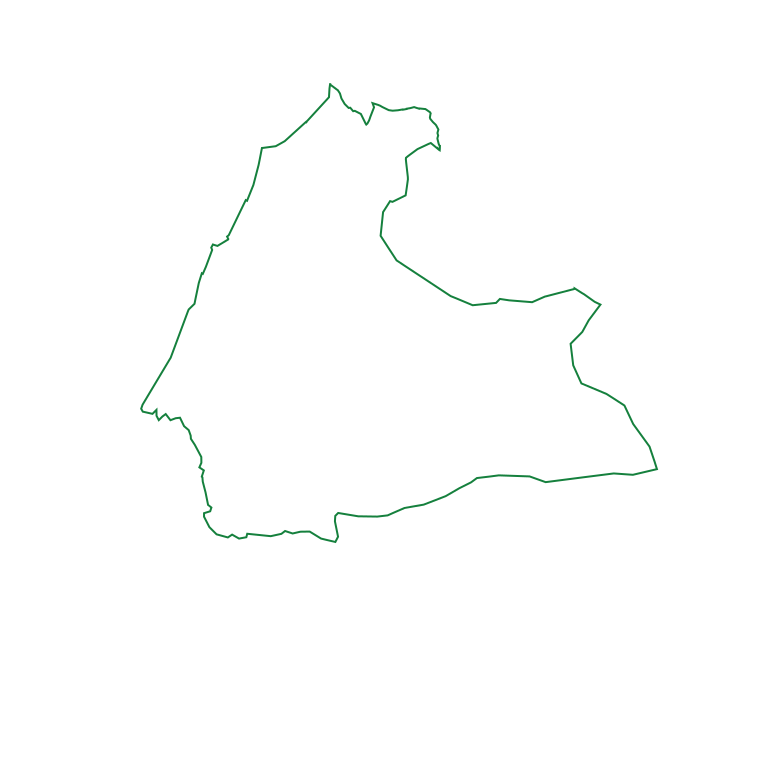 Commonwealth 1, Montserrado, Liberia, rotated 135°
{"feature_id": "62588387B86192689871255", "entity_name": "Commonwealth 1", "entity_type": "district", "adm_level": 2, "iso_a3": "LBR", "parent_name": "Liberia", "parent_adm1": "Montserrado", "projection": "natural_earth1", "projection_center": [-10.681, 6.392], "detail": "fine", "context": "isolated", "style": "outline", "palette": "green", "viewbox_px": 768, "rotation_deg": 135, "n_neighbors": 0, "source": "geoboundaries", "source_scale": "gbopen_adm2", "svg_char_len": 2830}
<svg xmlns="http://www.w3.org/2000/svg" viewBox="0 0 768 768"><g transform="rotate(135 384 384)"><path d="M251.2,130.8L247.5,137.9L240.5,152.0L236.1,179.5L229.2,198.8L233.0,216.5L233.7,219.6L244.0,244.8L242.7,248.3L237.0,263.4L223.6,280.5L207.0,280.6L194.2,284.3L174.8,287.1L176.9,293.1L179.1,306.1L179.7,308.3L181.6,316.9L182.0,316.5L207.4,331.4L208.3,332.0L221.4,337.1L236.3,354.6L241.1,361.1L241.9,362.2L247.4,362.1L265.6,377.0L272.2,393.1L274.7,399.0L285.8,453.1L287.7,462.5L284.8,476.3L281.6,491.2L263.1,506.2L250.4,509.0L249.2,506.8L235.3,502.1L230.2,505.9L229.0,506.8L222.4,511.8L220.8,513.5L211.5,525.2L209.6,527.5L208.5,528.4L206.3,528.2L203.4,527.8L194.2,526.4L182.6,522.2L180.5,521.3L179.6,511.7L179.3,512.0L179.3,511.6L179.2,510.0L178.7,510.4L176.2,512.7L176.4,512.9L175.5,515.2L172.9,519.5L172.5,520.0L169.9,521.5L169.8,521.8L168.8,523.6L168.2,524.0L165.6,525.5L164.4,529.4L164.1,530.7L164.2,534.6L163.8,538.8L163.1,540.0L160.6,541.8L159.6,542.4L159.5,543.0L159.3,543.6L160.1,548.2L160.3,548.8L160.3,549.1L164.2,553.9L164.5,553.8L165.3,555.4L165.5,555.7L166.9,558.5L170.2,560.4L173.3,562.6L173.5,562.4L176.7,564.6L176.6,564.9L180.6,567.7L184.7,571.2L187.0,574.3L189.3,581.0L190.0,583.6L190.8,585.5L193.5,590.7L195.4,586.7L199.7,584.8L204.7,582.6L205.9,582.0L208.2,580.9L211.6,579.9L213.1,580.0L212.9,581.0L209.4,591.3L211.5,597.8L212.9,598.7L212.5,603.2L213.8,604.2L213.8,609.8L212.2,616.0L209.7,620.6L208.9,624.5L209.1,625.3L210.3,633.7L209.4,634.7L213.7,631.4L220.1,625.7L222.0,625.6L252.0,624.3L253.8,624.4L253.8,623.1L254.0,624.5L282.5,625.9L292.4,628.7L302.6,636.5L303.4,637.2L313.5,630.4L317.7,627.6L335.6,617.1L351.3,610.4L351.7,611.8L352.3,611.6L388.5,599.0L390.0,599.1L390.7,599.2L391.6,596.6L392.0,596.4L404.1,599.4L405.8,602.5L406.3,603.6L409.7,602.6L410.7,600.3L427.1,592.8L434.2,590.0L434.5,591.1L443.5,586.4L457.1,577.5L461.3,574.7L469.4,574.8L471.1,574.1L516.3,553.4L518.4,552.9L569.3,540.1L573.2,538.2L574.1,535.0L568.8,526.6L563.2,526.6L567.3,522.4L568.8,517.7L563.7,517.7L559.6,517.1L560.6,509.4L555.5,507.1L552.1,504.4L555.2,495.5L554.7,489.5L557.2,484.2L559.3,481.8L560.8,474.7L564.8,461.6L567.2,459.1L568.9,457.4L573.5,455.6L572.5,450.3L578.4,447.3L578.4,446.4L579.6,445.0L581.2,443.1L586.8,433.6L593.9,422.9L593.4,418.7L596.9,416.9L602.6,419.9L605.1,417.4L608.7,406.2L608.7,396.1L602.9,385.9L597.9,384.9L595.8,377.2L589.7,373.0L586.6,374.8L571.7,356.5L562.5,350.6L557.9,350.0L554.3,342.9L547.6,338.7L540.9,332.2L537.8,319.2L534.7,314.1L530.1,306.7L524.5,308.5L515.8,321.6L511.7,325.2L507.6,325.2L495.8,308.7L482.5,295.0L474.3,288.5L469.3,286.6L457.1,281.8L441.2,270.6L419.7,261.1L404.3,257.0L392.0,252.9L384.8,251.8L374.8,243.9L367.4,238.2L346.4,215.7L342.9,208.3L339.1,200.3L333.9,196.3L308.4,176.6L284.8,158.3L272.2,143.8L251.2,130.8Z" fill="none" stroke="#15803d" stroke-width="2"/></g></svg>